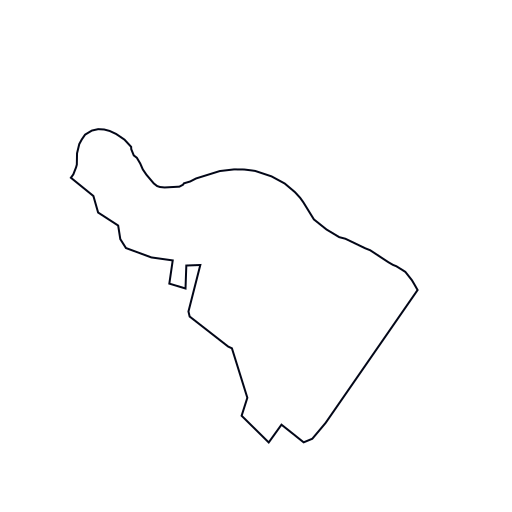 Campbell, Kentucky, United States of America, rotated 332°
{"feature_id": "52423323B7584870852949", "entity_name": "Campbell", "entity_type": "district", "adm_level": 2, "iso_a3": "USA", "parent_name": "United States of America", "parent_adm1": "Kentucky", "projection": "mercator", "projection_center": [-84.397, 38.964], "detail": "fine", "context": "isolated", "style": "outline", "palette": "ink", "viewbox_px": 512, "rotation_deg": 332, "n_neighbors": 0, "source": "geoboundaries", "source_scale": "gbopen_adm2", "svg_char_len": 1099}
<svg xmlns="http://www.w3.org/2000/svg" viewBox="0 0 512 512"><g transform="rotate(332 256 256)"><path d="M382.7,361.9L382.5,355.2L382.3,350.6L380.4,340.1L375.1,330.9L372.8,328.2L370.0,323.7L359.5,304.5L356.0,300.4L343.0,282.7L338.3,278.4L330.7,265.7L324.3,250.9L323.0,230.7L322.3,225.4L320.4,218.0L315.4,205.5L307.1,193.0L301.3,186.9L295.2,180.5L292.6,178.6L286.2,174.1L277.2,169.2L263.9,164.0L239.5,159.4L232.8,159.3L226.5,158.0L225.0,158.8L220.9,158.8L207.5,152.6L203.6,150.0L201.5,147.8L199.8,143.9L197.4,132.8L196.7,126.4L197.2,120.0L196.9,113.3L195.3,109.8L196.0,103.1L197.0,101.0L194.5,91.5L189.8,82.6L185.5,76.9L181.3,73.0L176.2,69.9L170.0,68.2L162.1,68.6L161.5,68.9L156.9,71.3L152.5,74.2L146.2,81.3L140.7,91.2L138.8,93.2L138.1,93.8L133.0,98.2L129.3,100.0L140.6,126.7L137.0,143.5L148.6,164.4L144.1,177.4L144.9,187.9L162.9,208.1L180.4,220.8L166.5,239.7L178.5,251.6L190.0,231.7L202.6,237.8L170.3,273.3L169.0,278.3L188.9,322.9L191.4,326.2L181.8,377.1L168.3,390.3L179.7,426.6L199.3,416.9L210.6,442.9L219.9,443.8L239.0,436.1L382.7,361.9Z" fill="none" stroke="#020617" stroke-width="2"/></g></svg>